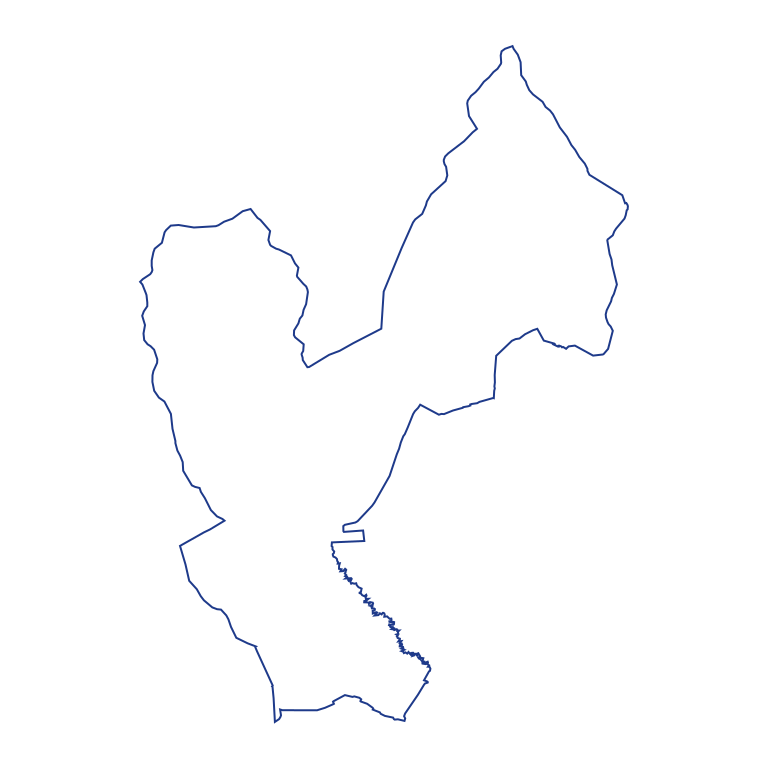 outline of Brestovat, Arad, Romania
{"feature_id": "2599482B51374026190255", "entity_name": "Brestovat", "entity_type": "district", "adm_level": 2, "iso_a3": "ROU", "parent_name": "Romania", "parent_adm1": "Arad", "projection": "equal_earth", "projection_center": [21.692, 45.902], "detail": "fine", "context": "isolated", "style": "outline", "palette": "blue", "viewbox_px": 768, "rotation_deg": 0, "n_neighbors": 0, "source": "geoboundaries", "source_scale": "gbopen_adm2", "svg_char_len": 6106}
<svg xmlns="http://www.w3.org/2000/svg" viewBox="0 0 768 768"><path d="M372.8,709.6L379.9,712.4L380.7,713.8L384.9,715.9L393.1,717.6L393.9,719.1L394.7,719.6L397.9,719.3L404.5,720.9L405.2,718.4L404.1,716.2L405.1,713.5L417.9,694.8L424.1,684.6L425.0,683.5L427.7,682.6L427.8,682.1L427.1,681.4L424.0,680.3L429.0,671.4L430.0,670.8L430.4,668.6L429.5,666.8L428.0,666.7L429.1,665.3L427.5,664.2L428.0,662.6L427.7,661.7L425.4,662.6L426.1,663.8L425.8,664.1L422.5,663.6L422.4,663.1L424.3,662.2L424.3,661.6L422.2,661.4L421.4,660.4L422.8,660.0L423.3,658.2L421.3,657.9L419.9,659.0L418.9,658.5L418.3,657.6L419.6,657.3L420.1,656.3L418.3,653.2L417.2,653.6L417.3,655.6L416.8,655.5L416.1,653.9L415.0,653.7L414.2,655.4L412.6,655.9L413.5,654.2L413.1,652.8L412.5,652.8L412.3,654.0L411.0,654.9L410.8,654.6L411.4,653.3L411.0,653.0L409.7,653.6L408.5,652.0L407.2,653.6L405.5,652.4L403.9,653.1L403.3,651.7L401.6,651.1L404.3,649.8L401.6,648.7L403.3,648.1L403.0,646.9L399.7,646.4L399.8,645.6L401.5,645.5L402.1,644.7L401.8,643.8L400.9,644.2L399.7,643.5L401.4,641.1L398.3,641.5L399.9,639.3L399.9,638.7L397.7,638.0L397.6,637.2L396.9,636.6L397.7,635.4L396.4,634.5L398.4,633.9L397.8,631.9L399.1,630.6L397.2,630.8L397.3,629.6L396.7,629.2L394.2,630.1L393.9,629.8L394.4,629.7L394.5,628.5L393.9,628.1L392.7,629.3L391.5,629.1L392.3,628.5L392.6,627.1L390.4,627.0L389.8,625.6L389.0,625.2L389.3,624.4L390.4,624.9L393.5,624.7L394.0,624.1L394.1,622.1L392.8,621.8L392.3,622.6L389.4,621.8L389.4,621.3L390.9,621.2L391.5,619.8L391.3,618.6L389.6,618.8L387.1,616.4L384.3,616.7L384.7,614.6L384.3,613.4L383.6,612.9L382.7,612.9L381.6,614.4L379.9,613.3L378.4,615.1L374.6,615.5L377.2,612.6L376.5,612.2L372.8,613.5L372.7,610.8L374.6,610.4L374.9,609.1L373.9,608.4L371.9,608.4L371.6,607.4L372.3,606.4L370.3,605.8L372.6,604.8L373.1,603.6L372.8,602.7L370.1,602.1L369.7,603.5L369.0,603.9L368.8,602.8L367.9,602.4L364.2,602.3L364.3,601.0L366.4,600.5L368.5,598.8L365.9,598.9L365.6,597.3L366.5,595.7L366.2,594.8L364.3,596.2L362.2,595.2L361.0,593.6L359.6,593.1L359.6,592.6L360.9,592.0L361.6,588.6L358.5,587.2L356.7,585.1L356.2,583.3L354.2,583.7L352.5,583.1L351.2,583.7L350.3,581.7L351.7,578.9L351.2,578.2L350.4,578.2L349.5,580.2L348.7,580.8L348.2,580.0L349.4,578.8L349.1,578.3L345.5,578.5L347.3,577.1L347.0,576.6L345.2,576.1L346.2,575.0L344.8,573.5L345.6,572.1L345.3,570.8L346.1,570.5L346.2,569.7L345.1,568.8L343.2,571.1L340.4,571.3L341.5,569.3L339.0,568.8L339.1,565.7L339.8,563.3L337.7,563.6L338.0,562.0L337.2,560.9L337.0,559.1L335.5,557.5L333.4,556.6L332.8,554.9L332.8,554.1L333.8,553.2L334.2,551.5L332.5,549.5L332.5,547.0L331.6,546.1L331.9,542.4L364.3,541.0L363.1,530.5L343.9,531.9L343.4,531.2L343.3,526.1L344.9,524.8L355.4,522.5L357.6,521.2L372.2,505.7L374.6,502.3L389.6,475.9L396.8,454.3L399.1,448.7L400.8,442.5L403.3,436.2L404.8,434.2L407.8,427.3L413.1,414.1L414.8,411.3L418.1,407.9L420.2,404.7L438.9,414.7L441.4,413.9L444.0,414.1L453.0,410.5L462.8,407.8L463.1,407.2L468.5,406.2L470.4,405.5L470.2,404.5L471.6,404.0L477.2,403.2L479.4,401.9L493.2,398.0L493.8,398.2L494.2,390.8L494.8,388.4L494.4,386.4L494.9,382.4L494.7,375.1L496.2,355.8L511.9,340.8L515.6,339.1L519.5,338.5L525.1,334.2L533.1,330.2L537.3,328.8L543.8,340.6L554.3,343.6L554.6,343.9L553.6,344.5L558.0,346.6L558.7,346.6L558.6,345.7L559.1,345.6L561.4,346.5L562.0,347.3L563.2,347.0L566.1,348.8L568.6,346.4L574.9,345.6L593.1,355.6L602.8,354.5L603.6,354.1L608.1,348.9L612.8,330.8L610.7,326.5L608.6,324.2L607.5,322.0L606.0,317.6L605.7,314.4L606.7,310.3L611.1,301.3L611.9,297.9L613.9,294.0L616.9,284.5L612.2,265.2L611.5,259.5L609.6,254.0L607.3,240.4L607.7,239.4L612.8,235.3L614.3,231.4L616.1,228.6L624.5,218.6L625.7,215.3L626.7,210.3L627.6,209.4L627.9,206.2L627.4,204.7L626.3,203.0L625.1,203.3L622.3,195.2L589.4,174.8L587.5,170.9L587.4,168.8L584.8,163.6L579.3,157.0L575.2,149.9L571.4,145.1L567.0,136.8L559.8,127.4L553.0,114.3L550.0,110.5L545.6,107.0L542.6,101.8L533.0,94.4L529.3,90.2L526.8,84.8L525.8,81.5L521.2,75.2L520.6,62.2L517.8,54.7L513.6,48.8L512.5,46.1L505.0,48.8L501.6,51.3L500.7,55.4L501.2,62.5L500.9,63.8L497.5,68.8L493.5,72.0L488.9,77.5L483.9,81.7L478.7,88.7L475.5,92.2L471.1,95.8L467.8,100.6L467.2,103.4L469.0,116.1L477.0,128.8L472.7,132.3L464.1,141.2L448.3,153.3L445.1,156.5L443.8,159.8L443.8,161.4L444.5,164.1L446.1,166.8L447.3,175.4L445.6,181.1L431.1,194.3L426.9,201.5L425.9,205.4L422.2,213.9L415.2,219.4L413.0,222.5L401.7,247.9L383.7,291.6L381.3,328.7L353.4,343.1L339.7,350.8L329.2,354.8L309.1,367.0L307.4,367.2L302.8,360.1L302.6,357.6L301.6,354.5L301.7,353.6L303.2,351.0L303.7,344.3L295.1,337.3L293.9,335.1L294.1,330.4L298.4,323.4L299.8,318.7L302.4,315.5L303.6,309.8L306.1,304.2L307.9,292.1L307.4,289.5L306.2,286.5L303.3,283.8L297.2,276.8L296.9,275.6L298.4,267.6L295.0,263.4L291.0,255.4L278.9,249.5L276.1,248.7L271.1,245.9L270.1,244.8L268.4,240.0L270.1,231.1L260.4,219.9L257.5,217.9L250.6,209.0L242.7,211.2L232.4,218.7L224.1,221.7L218.5,225.2L215.8,226.2L193.9,227.5L178.6,225.0L170.8,225.6L166.1,230.1L164.6,232.3L161.9,242.8L154.7,248.7L153.4,252.3L151.7,260.4L151.7,265.9L152.4,270.1L151.7,272.1L150.2,274.2L142.8,279.1L140.1,281.8L142.4,284.5L145.8,293.1L146.5,295.1L147.3,302.5L147.3,306.2L143.8,311.4L142.2,315.8L145.0,325.1L143.5,333.5L144.2,340.1L147.6,344.3L150.6,346.2L154.1,349.7L157.3,359.3L157.1,362.9L153.4,371.1L152.5,375.3L152.4,381.9L154.2,390.8L158.9,397.6L164.4,401.5L170.9,413.9L172.5,428.8L175.4,441.0L175.4,443.1L177.4,450.6L180.1,455.6L182.7,462.1L183.2,470.8L191.9,485.4L195.1,486.9L199.6,488.0L200.9,491.9L204.9,498.2L210.9,510.1L217.0,516.4L222.5,519.0L224.5,520.7L209.9,529.5L203.9,532.4L180.0,545.9L185.5,564.5L189.2,580.8L196.8,589.2L200.7,596.1L203.9,600.3L212.3,607.4L217.1,609.2L221.0,609.6L226.3,615.4L228.4,619.3L231.0,626.9L236.3,637.8L247.6,643.3L255.7,646.4L255.1,646.7L256.9,651.0L272.7,685.5L272.1,686.4L272.5,686.7L273.6,698.2L274.9,721.9L279.1,719.1L280.4,717.0L281.0,715.3L280.1,709.5L282.4,710.2L317.0,710.3L325.0,707.8L332.8,704.4L333.9,703.8L333.0,701.7L333.4,701.3L344.9,695.1L352.5,696.9L354.3,696.4L359.4,697.8L361.2,699.3L360.4,701.1L360.8,701.5L367.2,703.8L372.7,707.8L373.3,708.8L372.8,709.6Z" fill="none" stroke="#1e3a8a" stroke-width="2"/></svg>